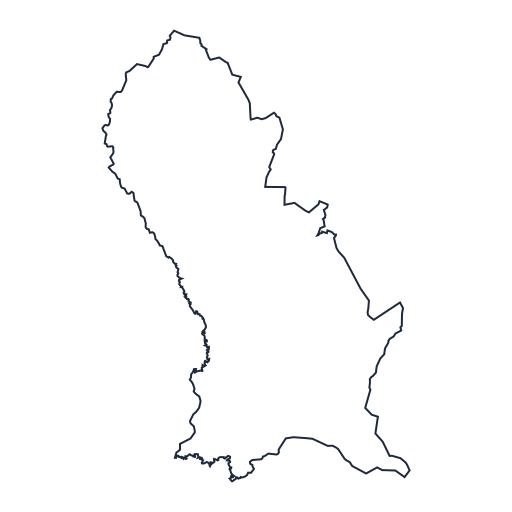 the district of Virgas pag., Priekules, Latvia
{"feature_id": "27541924B44819307732268", "entity_name": "Virgas pag.", "entity_type": "district", "adm_level": 2, "iso_a3": "LVA", "parent_name": "Latvia", "parent_adm1": "Priekules", "projection": "albers", "projection_center": [21.451, 56.438], "detail": "fine", "context": "isolated", "style": "outline", "palette": "slate", "viewbox_px": 512, "rotation_deg": 0, "n_neighbors": 0, "source": "geoboundaries", "source_scale": "gbopen_adm2", "svg_char_len": 6081}
<svg xmlns="http://www.w3.org/2000/svg" viewBox="0 0 512 512"><path d="M376.7,366.3L380.3,358.5L384.2,354.3L385.0,348.5L388.3,342.7L388.4,341.0L389.7,338.9L393.6,336.5L395.5,333.5L401.2,330.5L400.4,327.3L401.8,325.9L402.0,313.9L403.0,308.1L400.0,302.5L373.8,319.8L369.9,316.8L368.0,314.9L367.6,312.3L368.4,307.8L368.9,300.5L360.6,288.7L344.2,257.7L338.6,251.6L336.5,248.0L334.0,238.0L335.8,235.6L336.0,234.6L334.3,234.5L331.8,232.1L327.5,230.4L326.9,233.1L322.1,231.7L321.8,232.9L319.5,233.7L318.4,235.1L317.3,235.4L318.6,233.2L320.2,228.2L324.6,226.4L323.7,220.3L322.9,219.0L325.1,217.5L324.9,217.0L325.5,215.1L323.8,210.0L327.2,207.4L327.7,204.5L319.5,201.2L318.4,204.4L308.9,212.4L305.3,210.6L294.5,202.9L284.5,204.8L284.6,195.8L285.0,194.8L285.5,187.6L285.1,187.1L265.2,186.9L266.5,177.4L269.0,172.0L270.7,169.4L269.3,167.3L269.3,166.8L274.2,154.2L273.9,153.2L272.8,152.4L272.9,150.7L273.4,149.9L275.8,148.9L277.0,144.7L281.0,139.0L282.9,129.4L279.4,117.6L276.4,116.2L275.6,114.2L274.0,112.7L265.6,118.1L261.6,119.2L257.4,117.7L250.9,119.6L250.6,119.0L249.8,103.3L248.6,100.1L238.5,82.5L240.8,76.9L232.3,74.7L227.7,63.0L228.4,63.0L226.2,62.3L219.2,57.5L210.4,59.8L208.8,57.5L205.9,49.9L206.5,49.2L201.4,45.8L201.6,45.0L201.5,44.2L200.3,43.1L200.2,40.0L199.7,39.3L199.4,37.8L184.3,35.3L174.1,30.7L169.8,35.7L170.5,37.6L170.0,39.7L167.3,40.4L166.9,41.3L167.2,42.6L166.7,43.3L163.5,44.0L161.9,49.5L159.0,54.7L153.7,56.8L153.7,58.6L148.3,66.9L147.7,67.2L145.6,66.1L137.0,64.1L129.6,70.9L126.1,72.5L125.7,74.4L126.3,80.3L122.0,90.6L120.7,92.0L116.6,91.8L113.4,95.4L112.0,98.5L110.7,99.2L110.7,101.8L111.4,102.5L112.1,105.4L111.3,108.3L109.9,110.2L110.3,111.7L110.3,113.0L108.1,114.2L108.8,117.1L110.1,119.0L109.9,121.8L109.0,124.5L107.8,125.5L106.0,125.0L104.6,125.3L102.4,128.2L103.4,130.9L105.5,132.7L106.5,134.5L105.9,136.0L104.7,143.5L106.5,144.1L107.2,146.3L107.7,146.7L112.3,146.2L113.3,147.5L113.1,147.9L113.5,151.4L113.2,153.3L110.3,157.3L113.7,163.7L113.4,164.4L109.6,166.5L108.7,167.6L112.4,171.7L115.1,173.5L117.8,178.6L119.7,179.2L120.0,183.0L121.1,186.8L122.2,187.9L124.6,188.5L127.2,193.5L129.3,193.8L131.6,191.8L133.4,192.9L134.5,200.4L135.3,201.5L136.6,201.8L137.6,203.1L140.6,211.2L140.9,215.5L143.3,216.9L144.5,218.4L145.8,223.6L145.6,226.6L145.9,227.8L147.1,229.0L148.7,229.3L149.9,232.8L152.3,232.2L154.1,233.4L155.1,236.3L155.4,238.9L157.3,240.9L159.2,244.0L159.7,245.4L162.4,246.1L166.3,256.3L168.5,257.6L169.2,256.9L171.7,258.7L173.1,260.4L173.1,261.9L174.7,263.6L176.0,263.8L175.6,264.6L176.5,265.6L175.8,266.4L176.0,266.8L176.8,267.9L178.4,268.9L177.6,272.2L178.3,273.2L177.4,274.9L177.5,275.9L179.8,278.1L181.7,278.6L179.1,279.8L178.9,280.9L179.9,282.2L179.3,283.1L179.3,284.2L180.8,286.1L180.7,287.1L182.2,286.9L182.1,287.4L184.1,290.6L184.4,291.8L183.6,292.5L184.5,294.7L184.9,295.1L185.7,294.2L186.4,294.3L185.9,295.7L186.3,296.6L185.0,297.0L186.9,299.0L188.3,298.9L188.9,299.8L188.5,300.3L188.6,301.5L190.5,302.4L189.4,303.5L190.6,304.1L189.8,305.1L189.8,306.1L192.9,310.3L194.6,313.6L195.3,313.7L196.2,311.2L197.3,311.6L197.7,314.1L199.6,314.2L200.1,315.7L201.3,315.9L203.1,318.1L202.6,318.7L203.8,319.4L204.2,321.8L205.4,324.3L206.0,326.7L205.8,327.6L204.6,329.6L203.0,331.0L204.3,331.4L204.7,333.0L203.9,333.1L202.8,332.2L202.1,333.2L202.5,334.4L204.3,335.4L204.8,337.1L204.6,339.2L204.9,339.8L206.4,339.9L207.0,340.9L206.7,341.6L204.7,341.5L205.1,343.4L206.3,344.4L204.9,345.4L206.8,346.0L207.1,347.1L208.9,346.8L208.9,348.9L208.6,349.4L207.7,349.2L206.9,350.0L208.3,351.1L208.5,351.6L208.3,352.2L207.2,352.1L206.7,353.1L207.7,355.5L206.8,357.5L207.5,358.3L207.3,359.1L207.5,359.4L209.2,358.9L208.9,360.8L207.4,362.3L206.6,361.7L205.7,361.9L205.4,360.9L205.0,361.0L204.5,362.4L204.9,364.1L204.5,364.5L205.6,365.5L203.5,366.7L202.5,365.5L202.4,367.0L201.7,367.9L202.3,370.2L202.4,370.9L202.1,371.1L200.7,370.5L196.8,371.4L195.0,372.5L194.6,371.1L195.7,370.3L196.0,369.0L194.0,369.1L192.9,372.2L191.2,374.1L190.9,377.7L189.8,379.7L192.0,382.3L193.2,384.6L194.5,388.8L193.7,391.5L195.5,393.6L199.3,396.5L200.4,400.3L200.5,401.9L199.1,407.8L196.3,411.7L193.3,414.4L190.0,421.0L190.5,423.3L193.9,426.4L194.8,431.1L194.7,432.5L190.5,438.5L180.0,443.9L180.0,449.8L176.4,452.6L174.9,457.8L176.0,457.9L176.7,456.0L177.4,455.6L178.4,455.8L178.4,456.5L179.2,457.1L181.0,456.8L181.2,457.8L181.9,458.2L182.5,458.2L182.8,457.3L183.4,457.6L183.7,458.7L184.7,457.7L185.8,459.0L186.5,458.6L185.3,457.1L185.4,456.2L187.0,456.4L189.8,454.2L191.1,455.3L192.9,455.7L193.2,456.5L195.0,456.9L195.2,456.3L194.9,455.7L194.1,455.7L194.6,454.1L197.8,454.1L198.4,456.8L197.9,457.7L199.7,457.2L200.0,458.7L201.7,457.8L202.1,458.4L201.2,459.3L203.1,460.3L201.8,462.8L201.9,463.4L203.9,463.5L206.8,462.0L208.5,462.9L209.6,464.6L209.6,465.7L210.0,466.3L211.0,464.1L210.6,462.4L211.6,462.4L212.1,463.5L214.4,461.8L213.9,459.1L214.1,458.8L217.7,460.4L218.3,460.0L218.2,458.7L218.6,457.9L219.8,457.2L223.4,457.1L224.4,457.4L224.1,458.2L224.9,458.6L227.7,456.1L228.8,456.0L230.1,456.9L229.9,458.4L227.4,459.6L227.0,460.4L228.7,460.5L230.1,461.3L230.0,462.2L228.4,463.3L228.5,464.3L229.9,467.0L231.3,467.4L231.1,468.4L229.8,468.6L229.5,469.2L230.0,469.6L231.2,473.2L232.6,475.0L234.1,475.9L233.1,477.1L231.4,475.7L231.0,476.1L231.3,477.7L229.6,478.5L231.8,481.2L232.3,481.3L235.9,478.7L236.0,477.3L237.5,477.5L238.2,478.6L240.5,477.9L240.7,477.0L242.3,477.5L245.2,476.4L247.1,475.0L248.1,472.7L251.0,472.8L254.0,468.9L252.5,466.5L252.4,464.9L250.4,464.0L249.9,462.8L250.0,461.7L252.4,460.0L261.0,459.3L262.3,458.4L263.0,456.5L264.6,456.1L268.4,453.6L276.6,454.5L277.9,453.9L278.9,452.4L278.6,449.6L285.8,438.4L293.4,437.2L306.9,438.2L312.5,438.8L327.5,445.8L332.8,445.8L335.8,447.4L338.1,449.0L344.4,458.5L346.2,460.2L349.8,462.2L352.2,466.0L366.1,473.5L377.2,467.4L382.2,470.1L395.3,470.5L404.6,477.1L409.6,470.4L407.0,464.6L405.5,462.4L400.5,458.2L392.1,455.8L389.6,455.9L382.7,441.7L375.4,433.5L377.9,416.7L371.7,414.7L365.2,407.9L370.4,389.7L369.4,387.7L370.0,382.0L369.8,379.2L371.1,377.2L372.8,376.1L375.9,372.6L376.7,366.3Z" fill="none" stroke="#1e293b" stroke-width="2"/></svg>